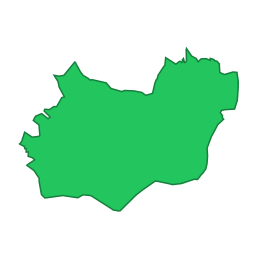 the district of Kaura, Kaduna, Nigeria, rotated 4°
{"feature_id": "59680162B84224544107566", "entity_name": "Kaura", "entity_type": "district", "adm_level": 2, "iso_a3": "NGA", "parent_name": "Nigeria", "parent_adm1": "Kaduna", "projection": "orthographic", "projection_center": [8.436, 9.644], "detail": "fine", "context": "isolated", "style": "filled", "palette": "green", "viewbox_px": 256, "rotation_deg": 4, "n_neighbors": 0, "source": "geoboundaries", "source_scale": "gbopen_adm2", "svg_char_len": 2332}
<svg xmlns="http://www.w3.org/2000/svg" viewBox="0 0 256 256"><g transform="rotate(4 128 128)"><path d="M201.0,174.5L204.5,169.2L205.9,167.7L208.5,163.3L209.3,158.1L209.3,150.2L208.3,142.5L211.8,130.7L214.7,124.4L217.3,118.4L222.8,112.5L221.4,111.2L221.4,109.0L219.0,106.2L220.1,103.9L223.3,103.0L228.1,102.3L233.0,101.7L234.2,96.5L235.1,92.8L235.1,81.2L234.8,74.3L232.8,64.9L228.9,64.8L220.5,67.9L215.9,66.3L215.7,66.1L214.7,58.7L214.8,57.8L212.1,55.2L209.7,54.8L209.2,54.6L209.0,53.7L205.2,52.8L205.2,54.8L201.9,53.6L201.1,53.4L198.7,53.6L196.2,53.9L196.0,54.1L193.3,57.0L191.2,53.9L190.2,53.5L186.5,51.8L180.8,44.6L180.6,46.0L181.2,52.2L181.6,56.8L181.2,57.6L180.9,58.2L179.7,58.8L178.5,54.8L177.5,56.2L177.9,58.0L176.9,59.0L175.9,57.9L174.7,58.0L172.3,60.1L171.3,61.0L160.7,55.2L160.4,63.1L159.6,63.8L154.3,73.3L154.1,74.9L153.3,77.6L152.7,78.0L151.6,81.9L150.3,90.3L149.8,91.9L144.5,93.8L143.6,94.1L143.0,93.8L142.1,93.4L140.3,92.1L139.0,91.5L131.4,90.6L122.1,90.8L119.2,92.1L108.4,89.8L104.5,86.0L103.1,84.5L88.9,82.3L86.9,82.8L84.7,81.2L79.8,78.8L77.7,76.6L76.5,75.1L71.8,67.8L71.4,67.1L71.2,66.6L70.3,65.9L60.3,80.0L55.7,81.1L50.6,80.6L54.9,86.5L55.0,86.7L56.4,91.9L62.4,101.4L62.0,101.6L59.8,102.3L55.3,111.7L52.4,111.8L48.4,115.1L43.7,115.1L43.1,116.8L49.5,122.5L47.6,124.3L40.9,119.7L35.1,122.6L34.3,124.0L33.0,127.1L38.8,131.0L39.0,131.4L40.6,141.8L39.1,142.7L33.1,143.8L25.2,139.4L23.8,145.1L23.7,145.2L23.5,145.8L23.2,148.1L21.8,150.6L20.9,151.4L21.1,151.7L26.0,153.7L26.1,154.6L26.4,155.6L26.4,155.8L26.6,155.9L26.8,155.9L27.3,155.8L27.7,155.7L28.0,155.7L28.0,156.6L28.0,157.9L28.0,159.1L28.3,159.1L29.1,159.0L29.4,158.9L30.1,158.8L30.3,159.9L30.4,160.9L30.4,161.5L30.3,163.2L30.7,163.3L31.0,163.4L32.1,163.6L32.5,163.7L32.9,163.8L33.6,164.1L34.6,164.3L35.3,164.8L36.2,165.6L37.1,166.2L36.9,166.4L36.7,166.7L36.0,167.2L34.4,168.4L33.2,169.3L32.6,169.7L31.8,170.4L31.1,170.9L30.2,171.8L29.7,172.3L30.8,173.0L37.2,177.0L43.0,184.5L42.9,186.3L43.3,188.4L46.2,200.0L46.5,200.6L50.0,203.6L53.4,202.9L67.8,199.9L82.8,201.1L83.4,200.7L87.9,197.8L95.1,198.0L96.0,198.2L117.7,210.0L118.9,210.8L124.4,211.4L126.0,211.1L140.6,194.4L146.4,189.1L158.9,179.0L161.1,179.1L174.2,180.9L175.9,181.4L184.7,179.8L186.6,179.1L194.8,175.7L196.5,175.0L197.6,174.5L201.0,174.5Z" fill="#22c55e" stroke="#15803d" stroke-width="1.5"/></g></svg>